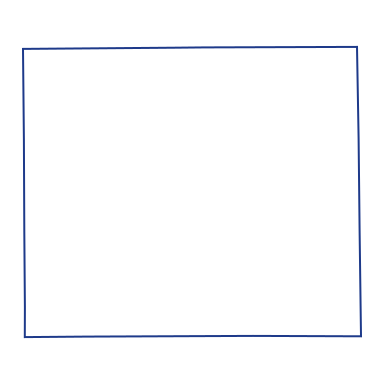 the district of Grant, Indiana, United States of America
{"feature_id": "52423323B51012446173370", "entity_name": "Grant", "entity_type": "district", "adm_level": 2, "iso_a3": "USA", "parent_name": "United States of America", "parent_adm1": "Indiana", "projection": "equal_earth", "projection_center": [-85.659, 40.516], "detail": "fine", "context": "isolated", "style": "outline", "palette": "blue", "viewbox_px": 384, "rotation_deg": 0, "n_neighbors": 0, "source": "geoboundaries", "source_scale": "gbopen_adm2", "svg_char_len": 284}
<svg xmlns="http://www.w3.org/2000/svg" viewBox="0 0 384 384"><path d="M357.0,46.9L204.7,47.4L175.0,47.7L23.0,48.9L23.9,139.7L24.3,231.2L24.9,307.0L24.8,337.1L86.0,336.6L253.0,335.9L361.0,336.3L359.6,230.6L358.6,138.2L357.0,46.9Z" fill="none" stroke="#1e3a8a" stroke-width="2"/></svg>